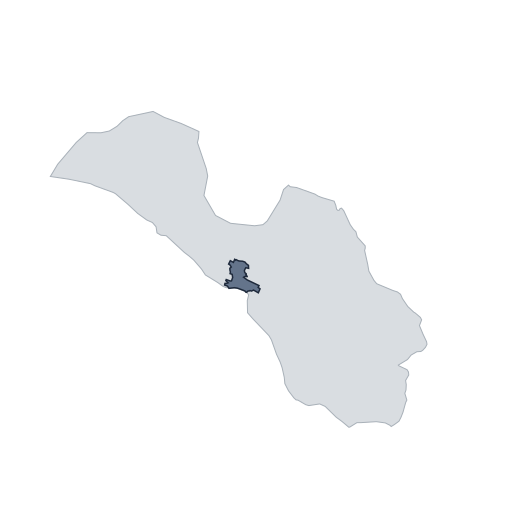 Vecumnieku on a map of Latvia (Robinson projection), rotated 37°
{"feature_id": "LVA-5735", "entity_name": "Vecumnieku", "entity_type": "Municipality", "adm_level": 1, "iso_a3": "LVA", "parent_name": "Latvia", "parent_adm1": "", "projection": "robinson", "projection_center": [24.617, 56.512], "detail": "fine", "context": "in_parent", "style": "filled", "palette": "slate", "viewbox_px": 512, "rotation_deg": 37, "n_neighbors": 0, "source": "natural_earth", "source_scale": "10m", "svg_char_len": 2786}
<svg xmlns="http://www.w3.org/2000/svg" viewBox="0 0 512 512"><g transform="rotate(37 256 256)"><path d="M374.6,346.8L371.6,346.5L363.1,344.1L355.9,340.6L351.6,335.9L344.1,329.5L339.2,326.2L331.5,322.1L318.8,313.7L314.2,311.8L291.6,308.1L283.4,306.4L275.9,296.9L273.5,291.4L269.8,290.5L265.8,291.6L261.4,292.7L251.3,299.2L248.0,300.1L241.7,300.2L227.0,301.6L220.3,299.2L208.7,296.7L202.4,296.3L196.8,296.3L172.1,293.8L167.6,296.6L163.0,297.1L158.6,292.8L153.1,291.6L147.0,293.0L135.9,293.2L122.8,291.8L106.2,290.8L103.7,291.2L85.0,296.9L80.4,297.8L60.1,307.4L43.9,316.3L42.4,302.0L44.1,273.4L46.8,259.2L58.0,250.9L63.6,244.5L67.0,235.9L68.2,227.9L70.5,221.3L86.8,202.5L99.4,200.5L116.5,195.2L135.5,190.9L139.1,196.4L140.9,200.6L163.6,216.1L169.3,221.2L178.0,239.0L199.3,248.0L216.0,245.2L223.3,240.8L236.7,232.7L242.7,226.8L243.9,221.2L241.6,196.9L238.0,186.3L239.3,179.8L241.6,180.1L247.2,176.9L265.8,171.1L269.5,170.8L273.7,169.6L285.4,165.2L289.2,167.5L292.3,170.2L294.0,170.3L294.9,169.3L294.6,167.5L295.5,166.3L298.8,167.0L312.4,174.3L317.6,176.0L321.2,176.5L325.5,179.9L337.1,182.2L338.5,184.0L339.4,186.2L350.3,195.5L355.3,200.2L364.9,204.5L369.1,205.5L385.9,201.2L390.6,199.6L394.5,199.6L398.5,201.9L407.6,205.0L415.8,205.9L417.3,205.7L424.2,206.1L426.7,207.3L428.4,213.2L436.4,217.9L443.8,221.8L445.7,223.6L446.3,227.0L445.9,231.0L445.1,233.1L442.1,235.6L439.5,241.7L439.3,247.5L435.3,257.5L436.2,257.7L445.1,255.9L447.6,256.9L449.6,259.1L450.4,265.4L453.4,268.3L456.4,272.7L457.5,276.1L463.2,280.3L463.7,282.9L467.4,292.3L468.9,297.7L469.6,301.9L468.0,307.2L466.6,310.8L464.8,310.6L459.7,311.5L451.8,315.9L439.9,326.1L436.9,328.3L433.9,336.1L433.2,336.9L426.1,336.5L424.2,336.4L417.2,336.5L401.8,334.5L395.9,335.8L388.2,343.7L385.2,344.8L376.2,345.9L374.6,346.8Z" fill="#d9dde1" stroke="#a8b0b8" stroke-width="1"/><path d="M271.6,288.1L270.8,288.6L270.5,289.4L270.5,290.3L270.1,290.9L269.6,291.0L268.3,290.6L267.7,290.7L262.3,292.3L260.2,293.0L257.8,294.3L253.9,298.1L251.3,297.2L248.4,298.1L247.7,296.5L249.0,295.6L249.9,294.2L246.7,293.8L246.4,292.7L250.4,291.5L251.4,290.6L250.3,287.2L248.0,285.0L245.9,285.7L245.2,284.2L243.7,283.0L242.5,281.5L242.9,279.7L240.6,278.8L239.0,278.9L238.3,275.2L241.8,274.7L241.0,271.5L242.1,271.6L242.1,271.1L242.2,270.9L242.7,270.8L244.5,270.5L245.3,270.2L246.2,269.7L248.5,268.2L250.9,267.5L252.9,268.0L255.6,268.0L257.5,270.3L254.9,271.5L255.1,272.9L255.5,274.6L256.5,275.6L257.3,276.0L258.9,276.1L259.2,276.4L259.2,276.6L259.1,276.9L259.1,277.0L259.4,277.1L259.9,277.2L260.9,277.5L261.3,277.7L261.3,277.9L260.3,278.3L259.7,278.7L259.3,279.4L258.9,280.4L263.4,280.4L276.2,277.8L276.6,279.8L279.0,279.8L280.0,284.0L274.5,284.7L274.0,285.8L273.4,286.8L272.0,287.2L271.6,288.1Z" fill="#64748b" stroke="#1e293b" stroke-width="1.5"/></g></svg>